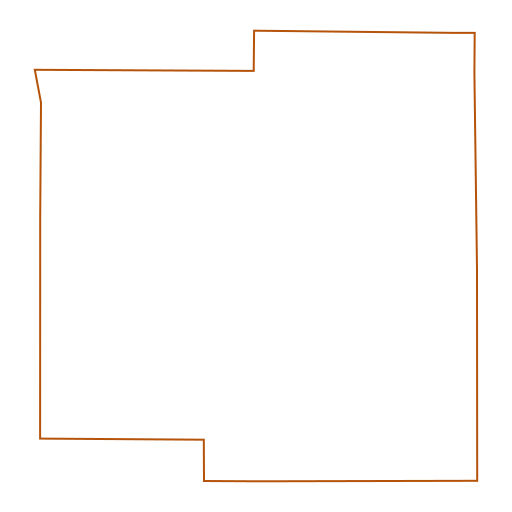 the district of Yalobusha, Mississippi, United States of America
{"feature_id": "52423323B72301028188801", "entity_name": "Yalobusha", "entity_type": "district", "adm_level": 2, "iso_a3": "USA", "parent_name": "United States of America", "parent_adm1": "Mississippi", "projection": "equal_earth", "projection_center": [-89.727, 34.03], "detail": "fine", "context": "isolated", "style": "outline", "palette": "amber", "viewbox_px": 512, "rotation_deg": 0, "n_neighbors": 0, "source": "geoboundaries", "source_scale": "gbopen_adm2", "svg_char_len": 295}
<svg xmlns="http://www.w3.org/2000/svg" viewBox="0 0 512 512"><path d="M34.8,69.8L41.0,102.6L40.2,217.4L40.1,438.6L203.8,439.7L204.0,481.0L258.0,481.3L477.2,480.8L477.0,268.8L474.4,72.9L474.7,32.9L456.5,32.9L254.1,30.7L253.7,70.9L34.8,69.8Z" fill="none" stroke="#b45309" stroke-width="2"/></svg>